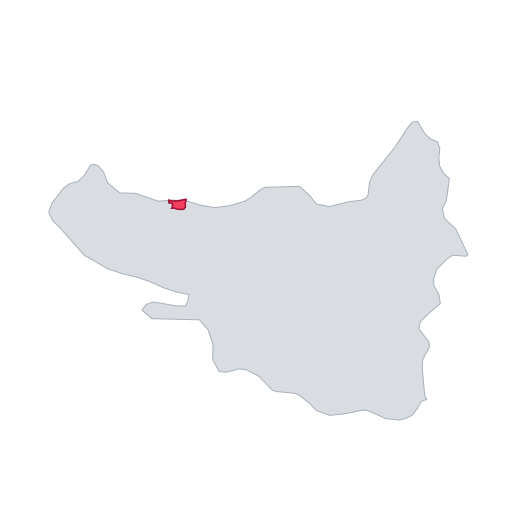 Guayacanes, San Pedro de Macorís, Dominican Republic (highlighted), rotated 186°
{"feature_id": "3306468B17793693444976", "entity_name": "Guayacanes", "entity_type": "district", "adm_level": 2, "iso_a3": "DOM", "parent_name": "Dominican Republic", "parent_adm1": "San Pedro de Macorís", "projection": "robinson", "projection_center": [-69.45, 18.445], "detail": "fine", "context": "in_parent", "style": "filled", "palette": "rose", "viewbox_px": 512, "rotation_deg": 186, "n_neighbors": 0, "source": "geoboundaries", "source_scale": "gbopen_adm2", "svg_char_len": 3436}
<svg xmlns="http://www.w3.org/2000/svg" viewBox="0 0 512 512"><g transform="rotate(186 256 256)"><path d="M71.8,353.4L72.4,331.5L75.5,322.7L72.7,313.4L60.0,303.5L52.2,290.7L45.3,279.4L46.9,277.8L60.7,277.3L65.6,273.1L75.0,261.5L76.9,252.2L76.1,245.2L70.1,236.8L67.7,227.9L75.2,220.2L85.1,208.9L86.4,204.6L86.2,200.3L74.8,188.4L74.1,183.3L79.4,170.3L78.9,161.8L73.7,135.1L71.3,131.1L76.3,128.9L79.7,121.0L84.2,113.9L90.1,110.1L96.8,107.7L110.1,107.9L128.5,114.0L133.7,113.9L151.4,108.3L166.1,105.2L179.9,108.8L185.5,113.6L196.9,121.2L202.6,123.5L220.6,123.4L225.5,124.1L240.6,136.7L253.4,141.8L260.8,142.0L274.0,137.1L280.6,137.3L288.1,148.1L289.6,163.6L295.9,177.6L305.6,186.6L353.2,182.8L363.8,190.2L360.2,196.3L353.5,199.6L330.8,198.1L320.9,198.9L318.9,205.0L318.9,210.6L332.1,212.0L345.1,214.8L358.4,219.3L371.8,222.4L387.0,224.4L401.9,227.7L426.9,238.8L454.4,264.0L461.8,269.7L466.7,277.6L464.4,287.3L454.6,303.3L449.0,308.4L440.9,311.5L435.3,318.0L429.9,329.2L426.7,330.1L422.8,329.6L416.2,323.3L411.4,313.6L398.1,304.5L382.3,305.7L359.0,300.3L344.9,302.9L330.8,303.5L316.4,300.8L301.9,299.8L287.4,303.3L273.4,309.1L268.2,312.8L259.2,321.9L254.4,325.2L220.2,329.8L210.4,323.1L201.3,314.0L188.1,312.8L169.1,319.8L157.2,322.4L152.3,325.4L150.9,328.8L150.8,341.6L148.1,349.3L129.4,378.4L118.9,399.0L114.6,405.4L109.6,406.8L100.5,394.9L94.6,390.7L87.4,388.5L84.4,382.2L84.5,373.3L82.7,364.6L78.2,357.8L71.8,353.4Z" fill="#d9dde1" stroke="#a8b0b8" stroke-width="1"/><path d="M332.3,295.4L332.2,295.7L332.1,296.1L332.0,296.3L331.9,296.4L331.7,296.5L331.5,296.8L331.4,297.0L331.4,297.3L331.4,297.9L331.4,298.4L331.5,298.8L331.5,299.1L331.7,299.4L331.7,299.6L331.8,299.9L331.8,300.4L331.8,301.9L331.8,302.4L331.7,302.7L331.7,302.9L331.5,303.2L331.5,303.5L331.4,304.4L331.4,304.8L331.4,305.1L331.5,305.1L331.8,305.1L332.0,305.0L332.3,305.0L332.4,304.9L332.5,304.9L332.8,304.8L332.8,304.7L333.1,304.7L333.3,304.6L333.5,304.6L333.8,304.5L333.8,304.4L334.0,304.4L334.3,304.3L334.3,304.2L334.6,304.2L334.8,304.2L335.1,304.1L335.3,304.0L335.4,303.9L335.6,303.9L335.8,303.9L335.9,303.7L336.0,303.7L336.3,303.7L336.5,303.6L336.8,303.5L336.9,303.4L337.0,303.4L337.3,303.3L337.8,303.3L338.0,303.3L338.0,303.2L338.3,303.0L338.4,302.9L338.5,302.9L338.9,302.9L339.0,302.8L339.0,302.7L339.4,302.7L339.6,302.6L339.8,302.6L340.3,302.5L340.5,302.5L340.7,302.4L340.9,302.4L341.2,302.4L341.2,302.5L341.5,302.5L341.8,302.5L341.8,302.3L342.0,302.3L342.1,302.2L342.2,302.3L342.3,302.3L342.3,302.2L342.8,302.2L343.0,302.2L343.3,302.1L343.8,302.1L344.1,302.0L344.3,302.1L344.5,302.0L344.8,302.0L345.0,302.1L345.3,302.0L345.7,302.1L345.9,302.1L346.0,302.2L346.4,302.1L346.6,302.1L347.0,302.1L347.5,302.2L347.5,302.3L347.8,302.3L348.0,302.3L348.3,302.3L348.5,302.4L348.5,301.8L348.5,301.1L348.5,300.9L348.5,300.7L348.3,300.3L348.2,299.9L348.1,299.7L347.8,299.6L347.5,299.6L345.2,299.6L344.8,299.6L344.7,299.5L344.6,299.4L344.4,299.2L344.4,298.9L344.4,297.5L344.4,296.3L344.4,295.9L344.5,295.7L344.6,295.3L344.9,294.7L344.2,294.7L343.7,294.7L343.4,294.8L343.1,295.0L342.7,295.1L342.3,295.1L342.1,295.1L341.8,295.0L341.7,295.0L341.3,294.8L341.0,294.7L340.6,294.7L340.2,294.6L339.6,294.4L339.4,294.3L338.9,294.3L338.2,294.3L337.7,294.3L337.3,294.3L337.1,294.3L336.9,294.4L336.6,294.5L336.2,294.6L335.6,294.6L334.2,294.6L333.9,294.6L333.7,294.7L333.4,294.8L332.9,295.2L332.8,295.3L332.6,295.3L332.3,295.4Z" fill="#f43f5e" stroke="#9f1239" stroke-width="1.5"/></g></svg>